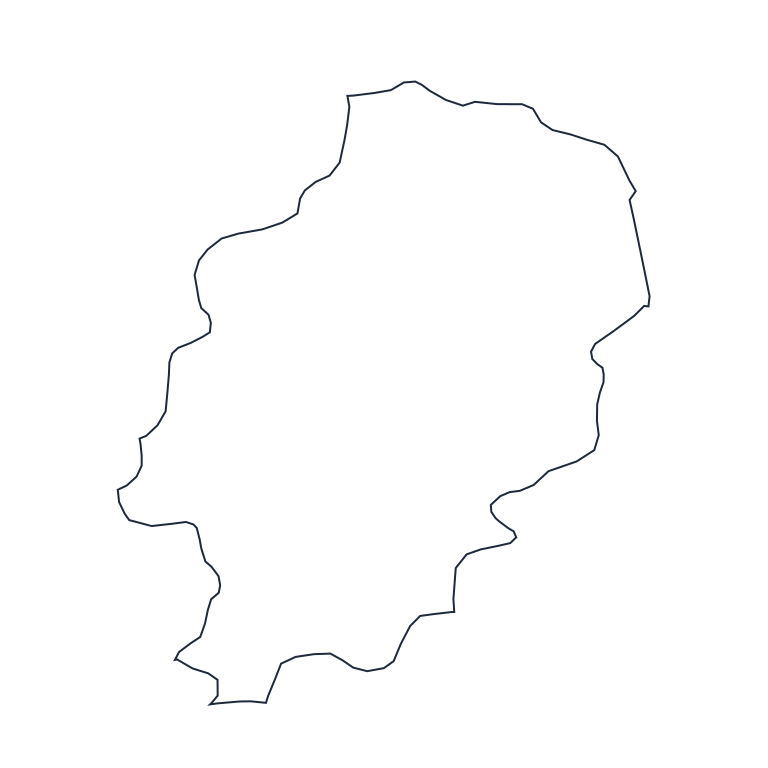 outline of Čaška, rotated 80°
{"feature_id": "MKD-2922", "entity_name": "Čaška", "entity_type": "Statistical Region", "adm_level": 1, "iso_a3": "MKD", "parent_name": "North Macedonia", "parent_adm1": "", "projection": "orthographic", "projection_center": [21.614, 41.585], "detail": "fine", "context": "isolated", "style": "outline", "palette": "slate", "viewbox_px": 768, "rotation_deg": 80, "n_neighbors": 0, "source": "natural_earth", "source_scale": "10m", "svg_char_len": 1981}
<svg xmlns="http://www.w3.org/2000/svg" viewBox="0 0 768 768"><g transform="rotate(80 384 384)"><path d="M93.9,370.0L94.6,364.7L95.7,343.4L95.8,326.3L90.5,312.0L91.6,300.6L95.9,294.9L103.4,287.8L115.1,273.6L123.6,257.9L121.9,245.4L128.1,223.7L132.4,199.5L138.8,189.5L153.6,183.9L163.2,173.9L170.7,156.8L178.3,142.6L186.7,125.4L200.6,114.1L226.1,107.0L237.8,102.6L245.4,110.2L264.0,109.4L287.6,108.7L315.3,107.9L343.6,107.2L353.5,110.1L352.3,114.2L360.3,125.7L371.9,149.0L381.2,169.1L388.1,174.5L395.6,174.5L401.3,170.6L406.0,166.0L412.9,166.0L420.4,167.5L430.2,173.0L441.2,177.6L457.3,180.7L471.7,181.4L485.6,188.4L493.7,207.7L498.4,237.1L509.4,254.1L512.8,268.8L512.3,278.9L514.6,288.9L521.6,299.8L528.5,300.5L535.5,297.4L539.4,294.3L547.6,286.6L551.6,281.9L558.0,280.4L562.6,287.3L563.2,298.9L563.7,317.5L566.1,332.2L577.7,345.3L607.9,353.0L620.7,354.4L620.3,357.0L619.2,375.5L618.7,388.7L626.8,400.2L642.9,412.6L658.6,422.6L663.8,433.4L663.9,450.4L658.0,463.5L648.9,472.8L640.2,483.6L637.9,499.9L637.4,518.4L641.5,533.9L655.3,542.3L671.1,552.3L677.5,555.6L673.4,570.2L671.6,581.1L669.6,603.7L669.3,610.9L668.2,609.2L662.0,601.9L646.4,599.3L638.4,607.4L630.9,621.9L619.4,635.5L619.4,637.8L612.3,632.3L605.7,619.3L601.2,608.9L588.9,601.9L575.9,596.7L566.0,591.6L560.8,582.9L553.7,580.3L544.6,580.3L534.2,585.5L527.8,590.7L514.1,592.5L505.6,592.5L493.3,593.4L489.3,596.0L485.5,602.9L484.8,617.7L483.5,637.6L473.8,658.5L466.7,661.9L454.2,665.4L441.9,664.5L439.3,655.0L432.2,643.7L422.3,636.8L412.6,635.1L400.9,634.2L395.3,634.2L393.8,627.2L385.3,614.2L373.0,603.8L357.4,599.5L337.8,594.3L325.5,591.6L317.1,587.3L312.6,580.4L310.0,567.3L306.0,554.3L302.8,546.5L293.7,543.9L285.3,544.8L277.5,550.8L269.0,551.7L256.7,551.6L243.7,551.6L230.1,544.7L220.9,534.3L212.5,518.6L210.6,501.3L210.6,477.0L207.4,456.1L201.0,439.6L186.7,434.4L179.6,428.3L173.1,416.2L169.3,401.4L158.2,389.2L136.8,380.5L122.5,375.3L105.1,370.0L93.9,370.0Z" fill="none" stroke="#1e293b" stroke-width="2"/></g></svg>